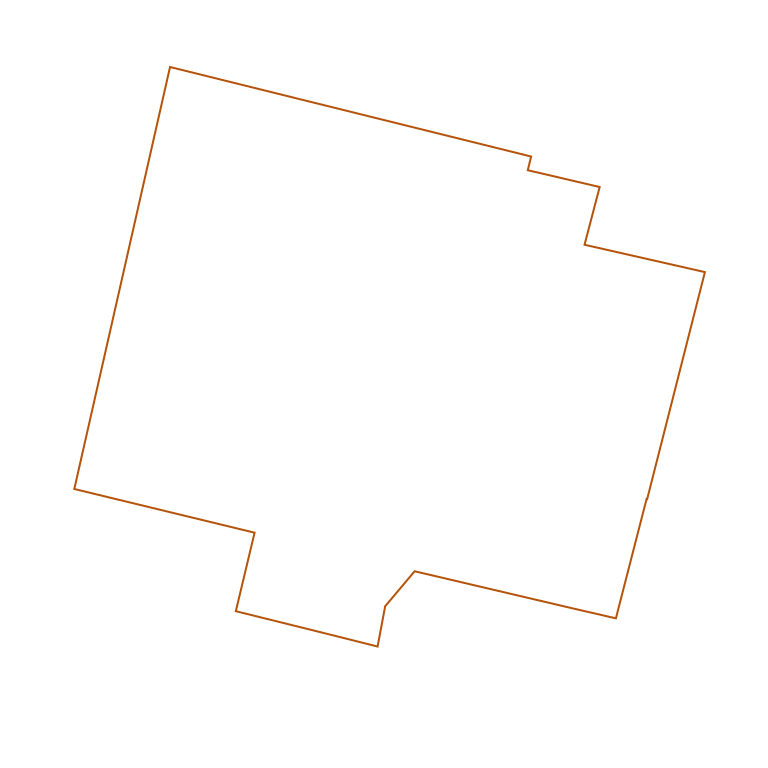 Macon, Illinois, United States of America, rotated 284°
{"feature_id": "52423323B50631899161108", "entity_name": "Macon", "entity_type": "district", "adm_level": 2, "iso_a3": "USA", "parent_name": "United States of America", "parent_adm1": "Illinois", "projection": "albers", "projection_center": [-88.998, 39.854], "detail": "fine", "context": "isolated", "style": "outline", "palette": "amber", "viewbox_px": 768, "rotation_deg": 284, "n_neighbors": 0, "source": "geoboundaries", "source_scale": "gbopen_adm2", "svg_char_len": 381}
<svg xmlns="http://www.w3.org/2000/svg" viewBox="0 0 768 768"><g transform="rotate(284 384 384)"><path d="M640.3,471.7L639.8,99.7L207.2,108.9L208.4,294.4L127.7,295.2L127.8,385.8L127.7,441.3L168.6,438.9L209.7,459.0L211.9,619.8L212.7,665.7L336.0,666.6L336.0,667.2L570.2,668.3L567.6,544.9L627.3,545.6L626.2,471.8L640.3,471.7Z" fill="none" stroke="#b45309" stroke-width="2"/></g></svg>